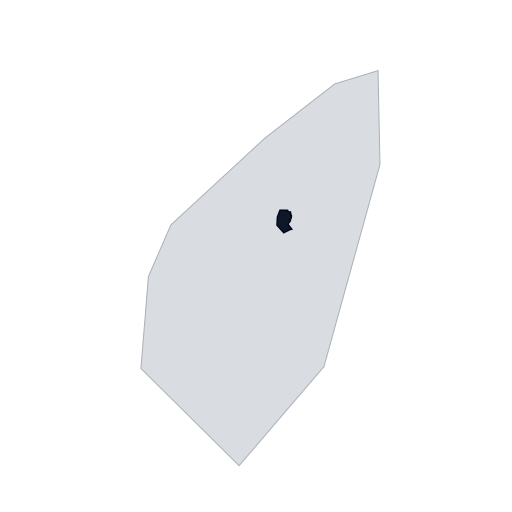 location of Trou Cochon/Marc, Castries, Saint Lucia, rotated 13°
{"feature_id": "8701671B11660104738059", "entity_name": "Trou Cochon/Marc", "entity_type": "district", "adm_level": 2, "iso_a3": "LCA", "parent_name": "Saint Lucia", "parent_adm1": "Castries", "projection": "albers", "projection_center": [-60.959, 13.942], "detail": "fine", "context": "in_parent", "style": "filled", "palette": "ink", "viewbox_px": 512, "rotation_deg": 13, "n_neighbors": 0, "source": "geoboundaries", "source_scale": "gbopen_adm2", "svg_char_len": 1298}
<svg xmlns="http://www.w3.org/2000/svg" viewBox="0 0 512 512"><g transform="rotate(13 256 256)"><path d="M347.1,348.5L286.7,464.1L169.2,391.5L155.8,300.2L166.1,244.8L238.1,139.2L294.0,70.6L333.2,47.9L356.2,139.0L347.1,348.5Z" fill="#d9dde1" stroke="#a8b0b8" stroke-width="1"/><path d="M284.8,221.8L280.5,218.3L280.4,218.1L280.1,217.9L279.9,217.7L279.9,217.4L280.2,216.9L280.4,216.6L280.6,216.2L280.8,215.8L281.0,215.4L281.2,215.0L281.4,214.7L281.4,214.2L281.5,213.7L281.5,213.3L281.4,213.1L281.2,212.9L281.1,212.6L281.2,212.4L281.5,212.1L281.6,211.7L281.7,211.4L281.7,210.9L281.6,210.5L281.6,210.3L281.5,210.0L281.6,209.6L281.6,209.4L281.6,209.0L281.5,208.8L281.3,208.6L281.1,208.5L280.7,208.3L280.4,208.1L280.1,207.9L280.2,207.6L280.4,207.6L280.5,207.5L280.6,207.4L280.5,207.2L280.2,207.1L280.0,206.8L280.1,206.5L279.9,206.1L279.8,205.9L279.8,205.5L279.5,205.4L279.4,205.5L279.2,205.6L278.9,205.8L278.6,205.7L278.3,205.5L278.1,205.4L277.9,205.3L277.7,205.3L277.7,205.2L277.4,205.1L277.2,205.1L276.9,205.2L276.6,205.1L276.3,204.9L276.2,204.7L276.2,204.4L269.1,206.0L268.4,210.8L268.1,213.3L269.5,221.2L277.8,227.1L281.4,224.1L281.5,224.1L282.2,223.4L282.8,222.9L283.1,222.8L283.1,222.7L283.5,222.5L283.9,222.3L284.6,221.9L284.8,221.8Z" fill="#0f172a" stroke="#020617" stroke-width="1.5"/></g></svg>